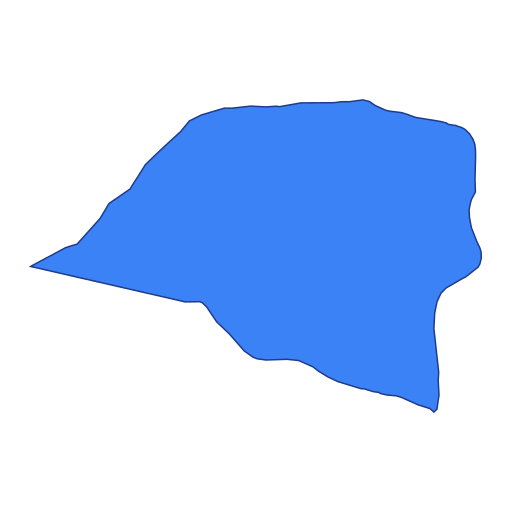 the district of Todos Santos Cuchumatán, Huehuetenango, Guatemala
{"feature_id": "79465075B37558522420753", "entity_name": "Todos Santos Cuchumatán", "entity_type": "district", "adm_level": 2, "iso_a3": "GTM", "parent_name": "Guatemala", "parent_adm1": "Huehuetenango", "projection": "albers", "projection_center": [-91.561, 15.562], "detail": "fine", "context": "isolated", "style": "filled", "palette": "blue", "viewbox_px": 512, "rotation_deg": 0, "n_neighbors": 0, "source": "geoboundaries", "source_scale": "gbopen_adm2", "svg_char_len": 1385}
<svg xmlns="http://www.w3.org/2000/svg" viewBox="0 0 512 512"><path d="M475.4,191.9L475.0,179.1L475.6,157.0L475.5,150.1L474.8,144.3L473.0,139.3L469.5,133.8L465.6,129.9L463.9,128.7L461.6,127.5L458.5,126.5L455.8,125.5L448.5,124.4L446.2,122.9L440.7,121.5L415.5,117.4L409.7,115.3L407.9,114.6L401.6,112.6L390.6,111.3L385.8,110.3L375.2,105.5L369.4,101.5L362.9,99.9L349.5,101.7L341.9,101.7L333.7,102.7L300.9,102.9L279.3,106.7L276.4,106.2L265.8,106.9L250.6,106.1L231.8,108.2L224.5,108.1L201.5,114.9L189.4,120.9L180.6,131.6L165.2,145.7L154.2,156.1L145.5,164.5L137.2,177.7L132.2,185.4L130.2,188.9L109.0,203.5L100.2,218.3L77.1,244.1L71.7,245.7L65.5,247.7L32.3,265.5L30.7,266.5L82.2,278.3L185.2,301.9L199.7,301.7L202.3,302.7L206.7,307.0L216.7,321.9L229.2,333.8L244.3,351.0L252.8,357.1L257.2,358.8L265.9,360.0L286.9,359.3L298.6,360.5L312.9,366.8L318.7,371.3L328.2,377.1L337.8,381.6L361.0,388.7L364.0,388.8L373.5,391.7L378.8,392.4L380.4,393.5L386.9,395.0L396.2,395.8L401.2,397.3L418.2,404.9L430.0,408.6L433.9,412.1L437.0,409.1L438.1,400.8L439.0,395.4L438.2,380.4L438.7,372.4L433.9,328.6L434.7,313.1L437.0,301.8L440.9,293.3L446.2,287.9L455.9,282.3L462.1,278.7L465.6,277.0L478.1,267.1L479.8,264.1L481.3,258.1L481.1,252.1L479.8,247.8L478.3,244.7L477.0,242.0L473.5,233.0L471.4,227.8L469.5,217.6L469.1,210.0L470.0,205.0L471.3,199.8L475.4,191.9Z" fill="#3b82f6" stroke="#1e3a8a" stroke-width="1.5"/></svg>